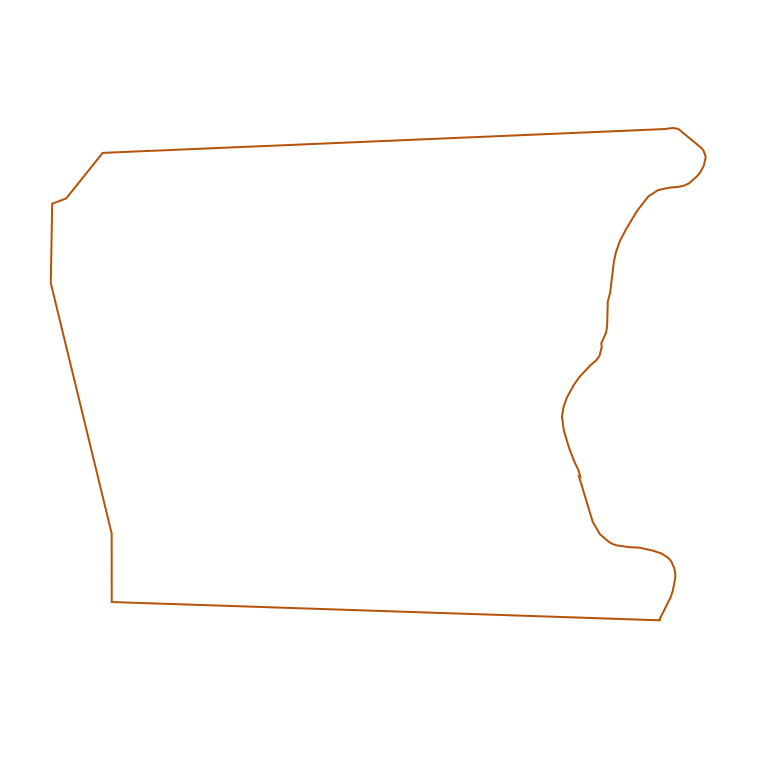 outline of Adams, Ohio, United States of America, rotated 268°
{"feature_id": "52423323B26888190258650", "entity_name": "Adams", "entity_type": "district", "adm_level": 2, "iso_a3": "USA", "parent_name": "United States of America", "parent_adm1": "Ohio", "projection": "albers", "projection_center": [-83.481, 38.826], "detail": "fine", "context": "isolated", "style": "outline", "palette": "amber", "viewbox_px": 768, "rotation_deg": 268, "n_neighbors": 0, "source": "geoboundaries", "source_scale": "gbopen_adm2", "svg_char_len": 967}
<svg xmlns="http://www.w3.org/2000/svg" viewBox="0 0 768 768"><g transform="rotate(268 384 384)"><path d="M175.6,104.3L138.2,651.4L139.7,651.4L160.4,662.8L167.2,665.4L179.9,668.3L184.7,668.5L189.8,667.6L194.2,665.9L197.0,664.7L200.6,661.6L204.9,655.5L208.2,646.5L211.6,633.3L212.3,623.6L214.6,611.1L215.9,607.2L218.3,603.3L226.3,594.6L238.9,587.8L284.9,575.6L284.5,576.9L291.2,575.3L299.3,571.7L313.4,566.8L331.3,562.1L345.2,560.7L354.6,562.6L363.9,566.2L376.2,573.5L383.9,579.3L395.2,590.6L400.0,596.6L404.6,600.4L413.8,603.0L416.9,602.5L428.2,608.0L435.6,609.1L458.3,610.5L467.5,613.2L498.1,618.0L507.6,620.4L518.4,624.6L529.9,631.1L548.4,643.1L562.3,654.8L568.2,664.7L570.3,676.0L570.8,685.6L571.9,691.1L573.7,695.4L580.5,703.9L584.6,707.5L591.2,711.3L599.9,713.5L605.9,711.5L608.6,709.7L628.7,686.9L629.6,682.4L629.8,682.2L629.0,672.6L624.8,110.9L580.5,72.8L575.8,58.7L496.5,54.5L244.2,106.6L175.6,104.3Z" fill="none" stroke="#b45309" stroke-width="2"/></g></svg>